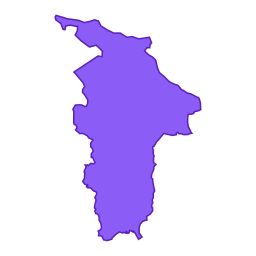 San Juan, Puerto Rico (Natural Earth projection)
{"feature_id": "32010507B17072559885930", "entity_name": "San Juan", "entity_type": "district", "adm_level": 2, "iso_a3": "PRI", "parent_name": "Puerto Rico", "parent_adm1": "", "projection": "natural_earth1", "projection_center": [-66.066, 18.384], "detail": "fine", "context": "isolated", "style": "filled", "palette": "violet", "viewbox_px": 256, "rotation_deg": 0, "n_neighbors": 0, "source": "geoboundaries", "source_scale": "gbopen_adm2", "svg_char_len": 3495}
<svg xmlns="http://www.w3.org/2000/svg" viewBox="0 0 256 256"><path d="M151.6,42.8L151.5,42.7L149.4,37.2L147.5,37.5L144.0,38.1L143.7,38.1L138.7,38.9L134.8,37.5L132.3,36.6L131.1,36.7L129.1,37.0L126.8,37.2L126.4,36.9L123.1,34.9L122.8,34.7L121.4,33.8L120.3,33.1L116.2,33.1L114.3,33.1L113.6,33.1L106.9,29.7L103.6,27.6L101.5,26.3L100.9,25.9L98.3,20.9L97.4,20.7L94.7,19.8L90.8,21.1L89.5,21.5L88.0,21.8L84.4,22.5L84.0,22.5L78.8,20.4L75.0,19.8L72.1,19.4L68.8,19.0L68.2,18.9L67.6,18.8L65.9,18.3L64.6,17.9L62.4,17.2L62.2,17.2L58.5,16.1L56.1,15.4L55.2,17.1L55.8,19.8L57.9,21.4L60.2,23.1L60.3,23.1L61.0,23.7L61.6,25.6L61.8,26.0L62.0,26.7L62.1,27.1L63.1,29.4L65.0,29.7L65.7,26.0L70.2,25.2L70.4,25.2L77.5,26.6L77.4,29.0L77.4,30.7L75.2,35.0L78.8,38.6L81.0,40.8L82.2,41.7L87.8,45.8L89.5,47.0L96.2,45.2L96.9,45.9L97.1,46.0L101.2,50.0L102.3,51.1L102.3,51.7L102.2,54.0L102.2,54.3L102.1,55.8L102.0,56.6L101.6,56.5L101.3,56.5L101.1,56.5L99.6,56.2L98.0,56.0L81.1,67.3L74.6,71.6L74.4,71.7L73.9,72.1L74.1,72.4L74.8,72.9L77.7,76.4L83.0,82.6L83.8,84.4L84.7,86.4L82.7,89.4L82.5,92.0L83.2,93.3L84.5,94.5L87.8,100.0L87.6,103.6L86.4,106.2L84.9,106.5L83.9,106.1L81.7,105.0L79.7,104.8L77.0,105.0L75.8,105.0L75.4,105.0L73.1,109.0L72.9,109.1L73.8,111.7L73.7,122.6L74.2,124.5L75.9,124.8L77.1,127.9L75.5,129.9L75.6,130.0L79.9,133.7L81.4,133.5L82.3,133.4L84.6,134.2L87.6,136.0L88.2,137.1L88.7,137.9L90.6,138.9L92.1,139.3L92.9,140.0L90.6,143.2L90.7,146.9L91.8,147.7L92.3,148.8L93.3,151.0L93.2,151.2L91.2,154.2L91.3,157.5L92.6,157.4L93.8,159.7L93.8,159.9L95.0,162.7L93.6,163.8L90.7,163.3L88.5,165.5L87.3,164.8L86.2,165.8L84.6,164.3L86.3,167.0L84.3,170.8L84.3,172.4L84.9,172.5L84.4,178.5L82.7,181.4L84.7,184.1L86.8,185.1L86.4,187.5L87.6,185.4L87.9,187.8L90.4,187.8L93.5,190.9L95.9,191.7L96.8,193.7L94.9,197.5L96.1,199.9L94.7,205.8L94.5,207.9L95.8,209.0L94.8,210.8L95.6,213.5L96.8,213.5L98.6,215.3L99.2,217.9L99.0,220.1L100.8,223.0L101.5,227.5L100.6,229.7L98.1,231.1L99.0,233.0L98.5,235.6L101.8,236.1L103.6,239.8L107.2,240.6L111.8,239.2L112.0,238.2L115.5,234.7L119.3,232.0L123.0,233.0L123.4,232.3L126.8,233.3L126.4,231.7L128.8,233.2L129.8,230.4L133.6,232.2L133.5,231.3L134.8,232.5L138.6,239.3L142.0,237.0L139.1,232.8L139.2,227.4L140.2,224.2L142.5,221.5L145.0,220.5L146.1,220.4L147.0,220.0L146.6,216.4L150.4,214.0L152.7,210.7L152.5,207.8L151.7,206.6L152.0,203.9L152.8,202.9L152.2,200.3L153.2,197.6L153.3,194.8L153.3,193.2L154.7,190.9L153.3,184.6L152.7,181.0L152.7,179.1L151.3,177.6L151.7,174.2L153.8,169.1L153.8,166.8L156.0,164.5L153.7,162.7L153.5,160.7L153.6,157.8L154.1,156.1L153.2,153.6L153.4,150.5L152.6,148.1L152.9,146.5L153.6,146.4L154.1,146.2L156.5,141.9L158.4,139.9L159.6,138.5L160.7,137.1L163.8,133.5L172.4,135.4L176.4,134.7L176.2,133.3L177.0,132.8L177.8,132.5L178.7,133.7L181.2,133.7L183.9,134.7L187.7,134.5L188.4,134.3L188.5,134.0L191.9,133.2L191.2,132.5L189.2,128.3L188.4,127.0L187.6,122.5L187.7,117.7L188.2,114.2L191.4,114.2L193.6,113.5L194.6,111.6L196.7,111.2L199.1,110.5L200.8,109.5L200.8,109.3L200.6,108.2L200.5,105.5L200.4,102.9L199.9,101.1L199.7,100.3L199.1,98.4L198.3,97.6L196.3,96.8L195.2,96.2L191.5,94.2L190.4,93.8L187.3,93.0L185.7,92.0L183.4,90.4L182.7,90.2L181.6,89.8L177.8,85.2L175.3,84.6L172.8,83.5L169.6,81.9L168.6,81.0L166.6,79.1L165.4,77.8L164.2,76.6L159.2,72.4L159.0,71.7L157.7,68.4L157.2,66.8L156.5,63.7L155.7,60.3L155.0,59.3L152.3,56.9L148.7,54.9L145.7,52.1L144.5,50.6L147.3,47.6L149.7,47.8L149.7,47.0L150.2,45.0L150.6,44.3L150.4,44.1L151.6,42.8Z" fill="#8b5cf6" stroke="#5b21b6" stroke-width="1.5"/></svg>